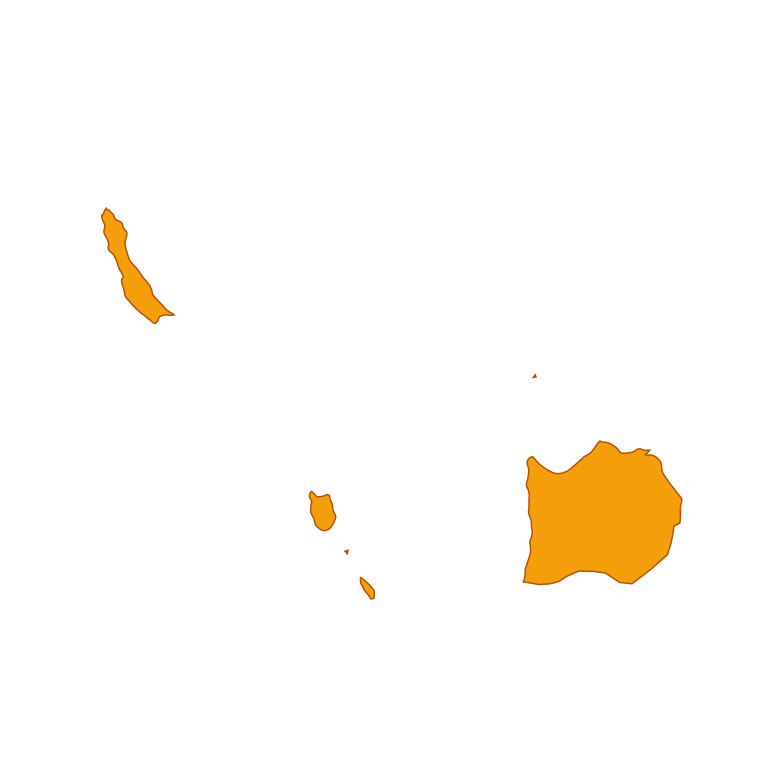 Qalansiyah wa Abd Al Kuri, Hadramawt, Yemen, rotated 48°
{"feature_id": "15242507B10596271459975", "entity_name": "Qalansiyah wa Abd Al Kuri", "entity_type": "district", "adm_level": 2, "iso_a3": "YEM", "parent_name": "Yemen", "parent_adm1": "Hadramawt", "projection": "equal_earth", "projection_center": [53.013, 12.411], "detail": "fine", "context": "isolated", "style": "filled", "palette": "amber", "viewbox_px": 768, "rotation_deg": 48, "n_neighbors": 0, "source": "geoboundaries", "source_scale": "gbopen_adm2", "svg_char_len": 4426}
<svg xmlns="http://www.w3.org/2000/svg" viewBox="0 0 768 768"><g transform="rotate(48 384 384)"><path d="M685.3,257.1L684.7,256.5L682.9,254.5L680.7,252.4L679.0,250.7L677.1,249.0L675.0,247.3L673.1,245.2L671.5,243.1L669.5,240.2L667.0,239.3L664.6,239.2L662.1,239.0L659.4,238.9L656.9,238.6L654.2,238.4L651.6,238.3L651.2,238.3L649.1,238.2L646.9,237.9L644.6,237.6L641.9,237.1L639.7,236.9L639.2,236.8L638.3,236.7L637.0,236.5L634.7,235.5L632.7,234.2L630.6,232.5L628.5,231.1L626.4,230.5L624.2,230.5L621.9,230.5L619.7,230.9L618.3,231.4L617.2,231.8L615.0,233.4L614.9,233.6L613.2,235.8L611.4,237.2L611.4,234.0L611.2,233.0L611.0,230.8L609.1,233.0L607.4,235.0L605.3,236.1L603.4,237.1L603.1,237.3L601.8,240.1L601.5,243.1L600.5,245.7L599.0,247.9L597.4,250.4L595.8,252.3L593.6,254.2L591.2,254.1L589.0,253.9L586.8,254.0L584.2,254.5L581.7,255.1L579.6,255.8L577.4,257.0L575.2,258.7L573.3,260.5L570.9,261.8L571.0,265.0L571.8,267.7L572.4,270.7L573.2,274.2L573.3,278.1L572.6,281.2L571.8,284.1L572.1,287.0L572.0,290.6L572.0,294.4L571.9,298.4L571.8,301.8L571.6,305.0L570.7,308.0L569.6,310.9L568.2,313.1L566.7,315.0L564.9,316.6L562.1,318.3L559.8,319.1L557.4,319.9L555.1,320.6L552.9,321.1L550.5,321.6L548.2,322.1L546.0,322.1L543.0,322.2L540.6,322.1L537.4,322.2L537.4,322.4L536.3,324.8L536.2,325.0L536.7,327.9L538.0,330.2L540.0,331.4L543.4,333.0L546.2,335.2L548.4,337.8L550.5,340.4L552.1,342.6L553.5,345.2L555.9,346.8L559.0,347.5L561.1,348.6L563.1,349.8L565.3,351.9L567.3,354.0L569.2,355.6L571.1,357.3L573.7,359.9L575.5,362.0L577.4,363.3L580.3,364.5L584.7,366.3L586.7,368.3L588.8,369.9L590.8,371.3L593.0,372.5L594.9,374.8L596.4,376.9L598.1,380.2L599.7,382.1L600.9,382.7L601.9,383.3L604.6,385.4L606.4,387.0L608.2,389.2L609.7,391.7L611.1,394.1L612.5,396.7L614.3,399.8L615.7,402.2L617.6,404.4L619.7,406.3L621.6,408.3L623.0,410.4L623.6,411.8L624.2,412.9L636.5,403.1L643.3,394.7L645.6,390.6L647.8,386.0L649.1,377.3L652.2,367.7L653.5,364.3L660.8,356.6L663.5,353.6L672.7,345.9L673.2,345.8L689.3,341.6L698.4,333.4L700.4,308.0L700.4,304.4L700.5,287.5L694.3,277.2L688.3,269.0L683.7,263.9L684.9,258.7L685.3,257.1ZM92.8,473.1L90.5,471.4L88.3,471.0L86.1,471.7L84.0,472.8L81.6,473.4L79.4,472.6L77.3,471.8L75.0,471.9L72.7,471.9L70.5,472.1L68.5,473.3L67.5,472.9L68.2,475.8L69.6,478.1L70.1,481.5L72.2,482.6L74.4,483.7L76.6,484.2L79.0,485.1L80.9,487.0L82.8,489.8L84.8,491.2L87.2,491.8L89.7,492.3L92.1,493.1L94.2,494.0L96.7,495.9L98.3,498.0L100.5,499.0L102.7,498.9L104.9,498.6L107.1,498.4L109.3,498.9L111.7,499.6L113.9,500.4L116.0,501.5L118.3,502.5L120.5,503.4L122.6,504.1L125.1,504.4L128.0,505.1L130.2,506.4L130.9,509.2L132.8,510.9L135.4,512.2L137.8,513.2L139.9,514.2L142.1,515.4L144.5,517.1L146.6,517.7L149.2,517.8L151.4,517.9L153.6,518.0L155.8,518.0L158.3,518.0L160.6,517.9L163.0,517.7L165.3,517.5L167.6,517.2L170.1,516.8L172.4,516.3L174.7,515.9L177.1,515.8L179.2,515.2L181.4,514.8L183.9,514.7L186.0,513.4L185.9,510.3L184.6,508.0L183.8,505.3L184.9,502.6L186.4,500.1L188.4,498.2L190.7,496.0L192.2,493.6L190.0,494.0L187.8,495.0L185.7,495.5L183.6,496.0L181.4,496.1L178.9,496.0L176.7,495.9L174.5,496.0L172.1,496.2L169.4,496.3L167.2,496.3L165.0,496.2L162.5,496.0L160.5,494.9L158.3,493.5L156.2,492.9L153.9,492.2L151.7,492.0L149.1,491.9L146.9,491.8L144.7,491.8L142.5,491.6L140.3,491.4L138.1,491.0L135.5,490.6L133.1,490.5L129.8,490.4L126.8,490.6L124.6,490.5L122.4,490.3L120.2,489.5L118.1,488.7L115.4,487.5L113.0,486.4L111.0,485.4L108.5,484.0L106.5,482.8L104.8,480.8L103.1,478.3L101.5,475.7L99.6,473.8L97.2,473.3L95.0,473.3L92.8,473.1ZM450.3,508.5L448.1,507.6L445.9,507.0L443.2,506.2L440.9,504.4L438.9,502.8L436.8,502.2L434.6,501.6L432.3,500.4L430.2,499.2L428.1,500.2L427.1,503.3L425.8,505.7L424.2,508.0L422.3,509.5L420.1,509.2L417.7,509.5L415.3,509.7L415.3,511.0L416.5,513.4L418.2,515.1L420.6,515.6L422.9,516.3L424.6,518.4L426.3,520.7L428.0,522.4L430.2,524.3L432.8,525.1L435.1,525.7L437.5,526.3L439.8,527.6L442.0,528.8L444.4,529.4L447.3,529.0L449.5,528.5L452.0,527.4L454.0,525.2L454.9,522.4L455.0,519.3L454.2,516.5L453.3,513.9L452.0,511.1L450.3,508.5ZM536.6,535.0L534.9,533.0L533.1,531.3L531.1,529.7L528.7,529.3L526.5,529.3L524.3,529.2L521.7,529.4L518.9,529.8L516.5,529.8L514.3,530.2L512.1,531.0L514.4,533.1L516.5,534.6L518.6,535.0L520.9,535.7L523.4,536.4L526.2,536.7L528.4,536.7L531.7,537.1L535.1,537.5L536.6,535.0ZM485.6,524.9L483.5,522.0L482.2,524.9L485.6,524.9ZM480.5,266.3L478.3,265.5L479.1,268.6L480.5,266.3Z" fill="#f59e0b" stroke="#b45309" stroke-width="1.5"/></g></svg>